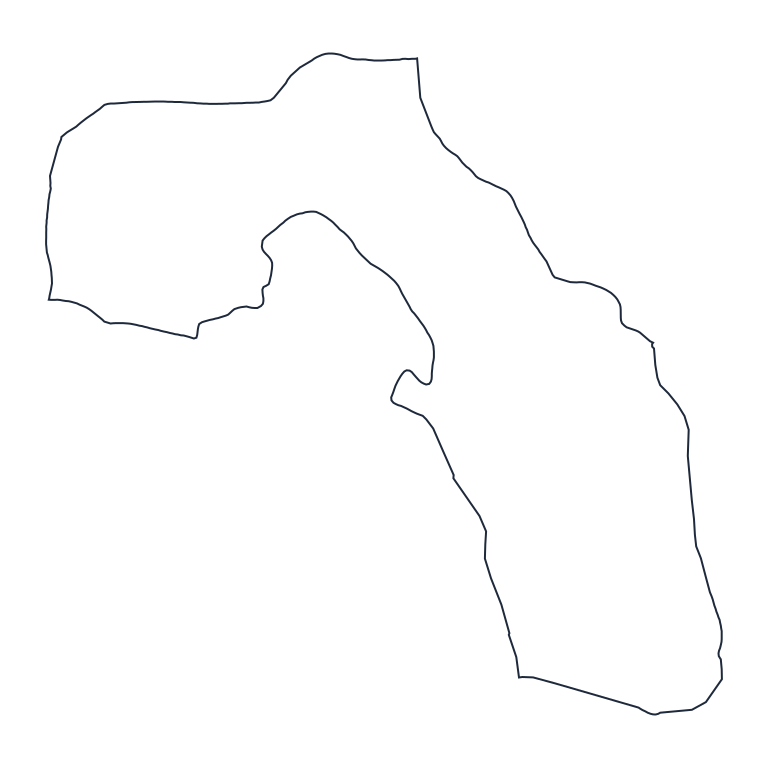 Ad Dali', Al Dali', Yemen
{"feature_id": "15242507B7990209689369", "entity_name": "Ad Dali'", "entity_type": "district", "adm_level": 2, "iso_a3": "YEM", "parent_name": "Yemen", "parent_adm1": "Al Dali'", "projection": "orthographic", "projection_center": [44.686, 13.714], "detail": "fine", "context": "isolated", "style": "outline", "palette": "slate", "viewbox_px": 768, "rotation_deg": 0, "n_neighbors": 0, "source": "geoboundaries", "source_scale": "gbopen_adm2", "svg_char_len": 6020}
<svg xmlns="http://www.w3.org/2000/svg" viewBox="0 0 768 768"><path d="M653.1,342.7L650.0,341.2L640.0,332.6L638.0,331.4L635.7,330.4L626.6,327.3L624.4,325.6L622.0,323.2L621.0,320.4L620.8,317.8L620.7,309.7L620.5,306.9L619.9,304.3L618.6,301.8L617.3,299.4L615.4,297.0L613.4,295.0L611.0,292.9L606.3,290.0L603.4,288.6L600.7,287.4L595.6,285.7L593.1,284.7L590.1,283.6L584.8,282.4L582.0,282.2L579.3,282.2L576.5,282.4L573.7,282.3L570.3,282.1L567.8,281.4L554.7,277.4L552.6,274.8L546.5,261.4L544.5,258.7L541.2,254.0L539.6,251.9L538.3,249.5L536.7,247.4L534.9,245.1L533.2,242.8L531.7,240.3L530.6,238.0L528.9,235.2L527.9,232.4L527.0,229.7L525.7,227.2L524.9,224.7L523.8,222.2L521.3,217.0L519.4,213.5L515.9,206.5L513.8,201.2L512.1,197.9L510.5,195.4L508.3,192.9L506.4,191.1L503.9,189.7L498.7,187.3L496.0,186.2L488.6,182.5L486.0,181.7L480.6,179.2L478.2,178.0L475.9,176.2L474.3,174.2L472.6,172.1L470.8,170.2L468.9,168.4L466.4,166.7L462.3,162.6L459.0,158.2L457.3,156.2L455.2,154.7L453.0,153.4L450.8,151.9L448.2,149.9L446.0,148.0L443.8,145.6L442.3,143.5L441.0,140.9L439.7,138.6L435.7,134.3L433.9,132.2L432.6,129.4L431.3,126.3L420.3,97.8L417.1,58.4L415.4,58.8L412.1,58.8L408.4,59.1L405.4,58.8L402.5,58.9L399.5,59.7L396.1,59.8L393.5,59.9L390.9,60.1L388.0,60.1L385.0,60.4L382.3,60.5L373.9,60.5L371.3,60.2L368.7,60.0L365.6,59.5L362.9,59.4L357.7,59.5L354.6,59.2L351.9,58.8L349.0,58.0L346.6,57.1L343.7,56.1L340.3,54.8L337.4,54.2L334.2,53.7L331.5,53.5L328.8,53.5L325.4,53.9L322.2,54.8L316.7,57.2L314.1,58.7L311.9,60.4L299.9,67.5L290.8,75.7L287.7,79.7L285.9,83.1L273.8,97.8L270.5,100.3L267.5,101.0L264.7,101.5L261.8,101.9L259.0,102.5L256.2,102.5L253.4,102.7L249.5,102.8L246.6,102.8L241.7,103.2L239.0,103.2L235.7,103.3L230.2,103.3L227.6,103.7L224.5,103.7L221.8,103.8L209.6,103.9L207.1,103.7L204.0,103.7L200.1,103.4L197.3,103.3L193.4,102.8L190.2,102.7L183.7,102.3L180.5,102.0L174.5,102.0L172.0,101.8L168.0,101.8L165.1,101.6L162.5,101.5L156.0,101.5L152.6,101.6L149.7,101.7L146.6,101.8L143.7,101.8L141.0,101.9L136.7,102.0L132.0,102.1L129.2,102.3L126.5,102.7L114.6,103.5L111.0,103.5L107.8,103.9L104.4,104.9L101.9,107.0L99.9,108.8L95.4,112.0L93.2,113.7L91.0,115.1L86.4,118.3L83.7,120.4L81.0,122.5L78.5,124.6L76.3,126.6L73.6,128.3L68.5,131.4L66.8,132.5L61.4,137.0L61.1,139.4L58.0,146.8L50.0,175.9L50.5,183.0L50.3,185.9L50.8,188.6L50.2,191.6L49.5,194.2L49.2,197.1L48.6,200.2L48.4,202.9L48.1,205.8L47.9,208.9L47.2,214.3L47.1,217.6L46.6,220.3L46.6,222.8L46.2,226.5L46.3,229.2L46.2,232.4L46.2,237.8L46.1,240.7L46.1,244.2L46.9,252.5L47.7,255.0L48.3,257.6L49.7,262.8L50.4,265.7L50.8,268.4L51.3,271.9L51.5,274.9L51.8,278.0L51.9,280.8L52.0,283.4L51.5,286.3L51.0,289.4L49.6,295.7L49.2,298.3L48.8,299.7L51.6,299.9L54.7,299.9L57.2,299.7L60.1,300.0L62.7,300.5L65.8,301.0L68.6,301.2L71.3,301.8L77.0,303.4L79.4,304.6L84.4,306.6L86.8,307.7L89.2,309.2L91.3,310.7L97.6,315.8L100.1,317.8L102.4,319.7L104.3,321.6L110.5,323.5L113.8,323.2L117.2,323.1L122.6,323.1L128.2,323.5L130.8,323.8L136.4,324.9L139.4,325.7L142.1,326.1L144.5,326.8L147.2,327.4L149.8,328.2L155.4,329.5L158.2,330.0L160.7,330.8L164.1,331.6L166.7,332.1L170.0,333.0L172.6,333.5L175.1,334.2L177.8,334.5L180.9,335.3L183.7,335.5L188.9,336.9L193.9,338.5L196.4,337.7L197.2,334.9L197.9,329.1L198.4,326.5L199.2,324.0L202.0,322.2L204.6,321.4L207.1,320.7L209.9,319.9L213.0,319.3L215.4,318.6L218.0,318.1L220.4,317.3L225.9,315.6L228.2,314.6L230.4,312.6L232.3,310.8L234.4,309.1L238.3,307.8L240.9,307.2L246.5,306.5L249.0,307.2L251.8,307.8L254.6,308.0L257.4,308.0L261.0,306.0L262.9,303.8L263.4,301.1L263.4,298.2L262.9,295.6L262.6,292.9L262.4,289.5L263.5,287.0L266.1,285.8L268.7,284.2L269.6,281.4L270.2,278.4L271.0,275.3L272.0,268.4L272.2,265.4L272.1,262.8L271.1,260.2L269.6,257.9L267.8,255.8L265.9,253.9L264.0,251.8L262.6,249.6L261.8,246.7L262.6,240.6L264.3,238.4L266.5,236.2L269.0,234.3L271.1,232.6L273.6,230.8L276.1,228.8L280.2,225.0L283.4,222.6L285.3,220.7L287.9,218.8L290.8,216.9L293.8,215.7L296.8,214.4L299.8,213.6L302.5,213.3L305.2,212.3L307.8,211.9L311.0,211.6L313.6,211.6L316.2,211.9L321.1,214.2L323.3,215.4L326.4,217.3L328.8,219.1L331.3,220.9L333.3,222.6L335.1,224.5L337.8,227.2L339.6,229.3L341.7,230.9L343.8,232.4L346.0,234.5L348.0,236.5L351.6,240.8L353.3,243.3L355.9,248.4L359.5,252.9L361.9,255.5L370.6,263.7L375.3,266.4L378.4,268.2L382.7,271.1L387.3,274.6L389.4,276.4L391.9,278.7L394.2,280.8L396.1,283.0L398.3,285.9L399.7,288.5L400.8,290.9L402.1,293.6L408.2,304.3L409.5,306.6L410.7,309.1L412.2,311.4L414.2,313.4L418.1,318.4L419.8,320.9L421.6,323.3L423.4,325.7L424.8,327.9L426.2,330.3L427.4,332.7L429.0,335.0L430.4,337.6L431.7,340.3L432.5,342.8L433.4,345.8L433.9,351.7L433.9,357.4L433.5,360.3L432.9,363.1L432.5,365.6L432.3,368.3L432.0,371.0L431.8,373.6L431.8,376.2L431.6,379.1L430.9,381.6L429.2,383.9L426.1,384.5L423.7,383.6L421.3,382.3L419.3,380.7L415.7,376.7L413.7,374.4L411.8,372.1L409.6,370.6L406.6,370.3L404.3,371.5L402.3,373.8L400.6,376.2L397.8,381.0L395.5,385.7L394.4,388.8L393.4,391.8L392.2,395.0L391.2,397.4L391.5,400.4L393.5,402.8L395.9,404.1L398.3,405.2L401.0,405.9L403.8,407.2L406.7,408.5L409.1,409.8L411.4,411.1L413.7,412.2L416.5,413.5L419.1,414.5L422.7,415.8L426.3,419.4L433.2,428.5L443.5,452.1L453.7,475.1L453.6,475.4L453.4,478.3L479.5,516.0L486.1,531.4L485.3,544.4L484.9,558.6L491.0,578.3L501.4,604.7L509.4,633.2L508.8,634.8L516.3,657.1L519.0,677.5L522.3,677.0L533.1,677.4L554.8,683.3L638.6,707.6L640.2,708.7L642.6,710.1L645.4,711.4L647.7,712.7L650.6,713.8L653.1,714.4L655.7,714.5L658.3,713.8L660.2,712.7L691.9,709.8L705.9,702.1L721.9,679.2L721.7,669.3L720.8,659.3L720.1,658.3L718.8,656.1L718.5,653.4L719.0,650.8L720.1,648.0L720.9,644.7L721.5,641.9L721.7,639.1L721.7,636.3L721.7,631.1L721.2,628.5L720.8,625.6L720.1,622.6L719.6,619.9L718.5,617.4L717.6,614.6L716.4,611.6L715.6,608.8L714.4,605.6L712.7,599.4L711.6,596.3L709.9,592.2L705.6,576.2L700.9,558.3L696.2,546.4L694.9,534.8L694.0,519.2L691.8,500.1L687.8,456.0L688.7,429.8L684.5,416.0L677.3,404.4L668.4,393.4L660.2,385.2L657.4,377.7L655.3,364.9L654.0,348.5L652.2,346.7L652.1,344.0L653.1,342.7Z" fill="none" stroke="#1e293b" stroke-width="2"/></svg>